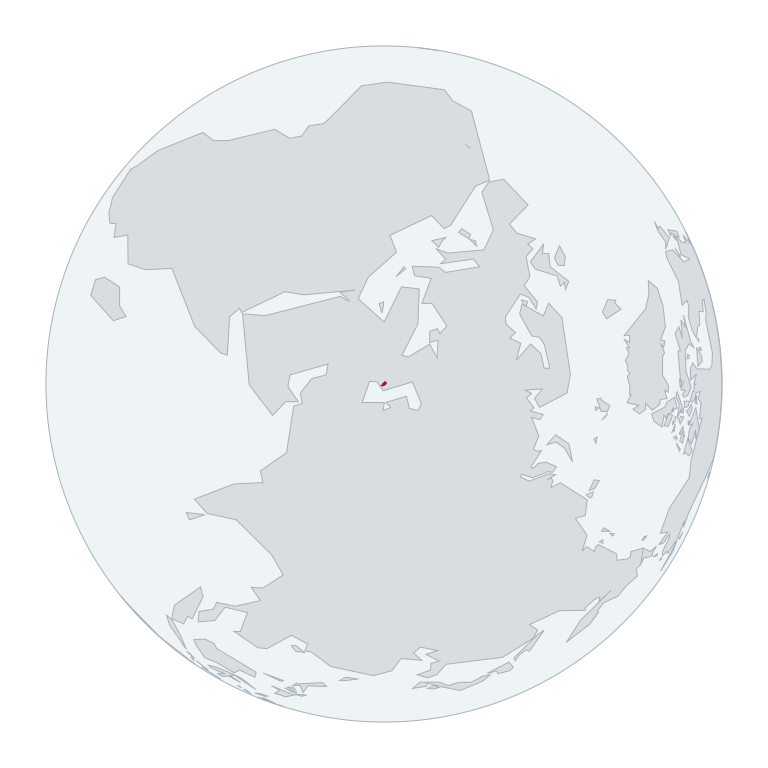 Hajigabul highlighted on a globe, orthographic projection, rotated 105°
{"feature_id": "AZE-1694", "entity_name": "Hajigabul", "entity_type": "District", "adm_level": 1, "iso_a3": "AZE", "parent_name": "Azerbaijan", "parent_adm1": "", "projection": "orthographic", "projection_center": [48.915, 40.078], "detail": "fine", "context": "on_globe", "style": "filled", "palette": "rose", "viewbox_px": 768, "rotation_deg": 105, "n_neighbors": 0, "source": "natural_earth", "source_scale": "10m", "svg_char_len": 11378}
<svg xmlns="http://www.w3.org/2000/svg" viewBox="0 0 768 768"><g transform="rotate(105 384 384)"><circle cx="384" cy="384" r="338" fill="#eef3f6" stroke="#a8b0b8"/><path d="M357.9,47.1L363.5,46.7L370.4,46.4L393.3,49.7L429.4,56.4L445.0,57.6L438.3,58.7L470.8,61.6L493.1,68.4L465.2,61.5L460.4,61.6L474.2,66.1L472.1,67.3L477.7,70.4L474.0,71.7L458.0,68.5L455.3,69.6L465.2,72.8L467.8,76.8L453.6,71.7L456.7,78.5L430.5,76.2L395.5,64.8L378.2,67.7L334.9,67.9L336.1,70.2L320.5,72.9L316.0,77.0L309.3,76.6L311.6,80.3L318.6,79.9L322.0,81.6L320.1,84.2L311.1,83.9L310.7,82.6L307.1,83.9L303.4,82.8L304.1,84.8L293.5,84.7L301.0,88.8L290.0,92.1L283.8,91.1L288.4,85.9L285.5,73.4L280.6,72.2L269.0,74.8L238.7,89.9L231.6,91.3L219.1,97.0L221.1,98.2L231.6,94.3L232.2,98.7L245.0,94.3L247.1,95.8L258.7,94.2L252.5,100.3L240.3,107.5L230.4,109.4L224.8,113.0L230.6,116.4L208.8,126.1L188.5,143.8L183.3,146.2L179.6,140.0L188.6,125.8L183.8,121.0L182.4,130.5L169.5,137.5L165.5,141.7L163.6,145.5L166.7,145.5L161.4,149.7L160.7,141.0L165.6,137.1L165.7,139.6L169.8,133.3L169.3,129.0L162.9,133.7L169.0,124.6L164.4,128.1L163.2,128.6L170.0,123.3L157.8,133.0L158.8,132.1L177.6,116.4L197.5,102.2L218.4,89.4L240.2,78.2L262.7,68.6L285.8,60.7L309.5,54.4L333.5,49.9L357.9,47.1ZM47.6,416.5L49.4,430.7L50.3,437.5L47.6,416.5ZM368.6,46.4L373.8,46.3L363.9,46.7L361.1,46.9L368.6,46.4ZM391.5,47.0L386.3,47.0L384.3,46.3L387.9,46.5L391.5,47.0ZM456.7,58.8L449.1,56.9L457.2,58.4L456.7,58.8ZM479.1,70.7L481.9,71.0L483.5,72.6L479.1,70.7ZM261.3,91.0L259.9,92.6L258.5,92.0L261.3,91.0ZM267.5,89.1L266.7,87.4L269.5,86.2L270.0,87.3L267.5,89.1ZM479.5,76.2L481.2,79.1L476.7,75.6L479.5,76.2ZM267.8,91.5L274.7,84.5L279.7,82.6L285.5,85.3L267.8,91.5ZM480.5,80.4L485.1,88.2L491.7,89.2L475.4,91.3L476.9,83.6L470.2,78.8L477.0,81.0L480.5,80.4ZM321.7,78.7L314.1,79.2L322.3,76.6L321.7,78.7ZM326.1,76.7L346.3,67.6L356.5,68.7L347.7,71.2L362.4,71.3L357.4,76.2L348.2,77.3L342.6,75.5L345.0,78.9L326.1,76.7ZM465.7,91.7L464.4,93.4L462.7,91.0L465.7,91.7ZM324.0,82.1L327.1,79.9L336.2,80.6L331.6,85.1L330.1,83.4L324.0,82.1ZM368.6,69.2L374.5,70.8L372.2,75.2L374.2,76.5L358.2,76.5L368.6,69.2ZM327.1,84.6L328.9,87.5L322.9,89.7L321.5,84.3L327.1,84.6ZM340.6,79.0L344.6,79.6L340.8,80.7L340.6,79.0ZM302.4,100.0L306.0,96.8L311.0,96.8L302.4,100.0ZM330.1,88.5L332.1,87.8L334.5,87.6L334.5,90.0L330.1,88.5ZM357.6,79.8L355.4,81.5L364.1,80.0L362.6,83.6L352.2,83.1L356.1,84.9L355.7,86.0L347.7,84.4L357.6,79.8ZM341.6,92.0L327.9,93.3L320.2,98.9L315.4,98.9L328.8,90.0L341.6,92.0ZM345.9,87.6L342.2,90.2L338.2,88.7L338.3,85.9L345.9,87.6ZM365.4,86.4L370.3,81.0L372.4,81.3L365.4,86.4ZM340.2,93.8L343.5,93.5L340.1,94.4L340.2,93.8ZM358.6,88.9L360.0,86.8L362.3,87.3L358.6,88.9ZM349.0,94.9L344.6,95.2L344.5,93.2L349.0,94.9ZM354.0,92.4L356.9,93.5L347.1,92.3L354.3,91.3L354.0,92.4ZM360.5,89.7L362.4,89.3L359.6,90.5L360.5,89.7ZM351.9,102.6L339.6,101.6L339.4,97.0L351.4,98.5L351.9,102.6ZM91.6,459.1L84.2,402.0L92.8,390.8L97.8,370.1L159.8,334.6L169.1,346.8L213.5,360.8L218.3,366.2L208.9,381.6L238.8,416.7L253.5,406.1L284.8,426.8L308.3,431.0L324.1,399.9L285.6,392.3L283.1,374.6L317.3,366.8L351.6,374.1L351.7,367.5L333.6,350.1L345.0,339.6L327.7,343.1L332.1,350.7L321.3,353.4L316.7,346.8L320.9,343.1L311.6,338.3L293.9,358.4L296.4,368.2L269.8,365.8L271.5,382.3L263.0,387.3L257.0,361.4L260.3,353.4L246.1,322.0L240.2,330.0L253.2,360.6L247.5,356.6L239.7,369.0L241.2,356.5L228.6,322.3L207.0,318.2L173.2,339.2L161.9,335.0L155.2,321.6L173.8,291.1L197.0,304.2L203.9,294.9L204.6,275.2L211.6,281.3L214.8,275.3L224.1,279.7L242.5,270.9L252.8,274.0L265.1,256.9L272.1,256.5L262.8,266.5L261.8,275.6L287.9,284.1L294.5,281.7L300.4,270.2L306.9,274.6L309.3,262.5L326.8,262.3L307.5,252.8L313.9,240.4L327.3,233.4L325.9,227.9L304.2,239.5L298.6,245.8L299.4,253.7L281.3,271.1L271.2,271.3L277.0,247.7L263.3,245.9L273.8,229.4L326.2,206.5L345.4,204.9L366.3,227.8L358.9,234.8L347.7,229.7L353.3,245.7L355.1,238.9L360.5,242.9L368.0,233.1L372.1,235.6L372.2,222.4L378.2,224.4L378.0,232.7L394.2,221.0L407.9,222.8L409.6,219.1L407.5,214.7L426.3,220.6L426.7,217.7L420.7,214.5L417.5,206.8L419.4,195.9L425.8,198.5L426.0,202.8L436.1,216.3L435.6,228.0L438.5,228.1L440.3,218.6L428.1,202.0L427.3,194.8L434.3,201.7L431.7,198.6L433.4,195.9L441.0,195.9L433.8,188.1L443.3,157.7L459.0,155.6L464.2,164.4L477.5,148.7L494.2,149.3L488.6,146.2L491.3,137.7L486.1,137.2L483.6,135.2L488.0,115.2L494.0,113.3L489.6,102.8L486.7,101.4L482.0,102.1L475.4,91.3L491.7,89.2L497.4,92.3L503.8,89.6L515.8,97.5L528.7,103.4L538.2,114.9L547.6,119.2L549.0,117.7L562.8,123.2L586.3,141.0L561.1,132.9L524.5,111.3L538.9,120.2L533.8,120.3L537.8,125.1L548.2,131.7L550.5,131.0L557.6,155.9L578.7,181.2L581.7,172.1L590.7,173.9L617.4,198.9L638.7,251.6L651.0,257.8L656.5,265.8L656.3,276.6L648.3,265.1L641.8,266.4L637.3,258.8L634.3,273.6L627.7,263.3L628.7,280.6L636.1,285.9L641.1,276.0L644.8,296.4L659.0,302.3L668.4,318.5L670.7,362.3L661.5,385.2L662.5,391.4L654.8,390.6L650.6,408.2L669.8,428.4L671.4,437.3L661.8,464.9L660.5,458.8L640.1,456.7L640.7,479.6L656.3,486.3L661.8,501.9L651.7,503.9L645.6,490.4L638.3,489.1L637.2,470.2L625.2,447.3L614.7,459.7L612.6,448.3L594.5,431.9L577.8,448.6L553.4,491.7L554.9,521.1L544.3,537.3L519.3,502.9L510.6,475.4L500.0,480.9L475.6,460.4L428.9,465.5L423.7,458.0L414.6,462.4L397.6,455.3L390.1,442.2L379.2,443.2L399.5,477.2L411.4,476.1L423.2,462.3L426.5,474.3L443.1,483.5L419.8,513.9L352.8,538.8L348.7,516.4L310.4,448.4L313.0,441.3L312.9,440.4L312.6,438.8L306.6,450.2L300.8,436.2L318.6,484.4L320.5,503.6L351.8,540.0L348.3,543.2L359.1,550.5L396.7,542.8L396.3,549.9L377.1,581.9L327.2,618.8L335.3,643.7L334.2,662.3L306.4,670.0L312.2,682.8L298.4,684.3L299.7,690.3L290.5,693.9L273.9,694.4L241.9,684.2L237.2,679.0L217.1,662.9L187.9,624.0L193.1,611.6L189.1,597.3L166.3,555.4L171.1,538.7L165.7,527.6L154.1,523.4L148.2,509.8L141.5,505.4L101.8,482.9L91.6,459.1ZM134.1,361.4L131.4,367.2L131.3,367.3L134.1,361.4ZM385.3,398.7L407.5,400.3L401.8,378.9L409.9,378.0L405.0,371.4L401.3,377.4L390.0,359.2L401.1,353.1L400.6,343.8L393.1,342.9L374.6,357.2L390.7,382.9L383.7,391.4L385.3,398.7ZM169.6,138.0L169.4,138.8L166.5,143.1L165.9,142.0L169.6,138.0ZM165.6,158.6L157.1,165.0L162.8,159.3L160.2,158.5L168.9,146.3L181.2,146.8L174.1,148.5L165.6,158.6ZM184.0,131.2L177.1,138.2L184.2,130.5L184.0,131.2ZM222.9,240.5L224.3,246.5L218.1,252.0L205.2,250.2L214.0,241.9L222.9,240.5ZM227.7,253.9L237.1,232.1L245.6,233.1L239.2,236.1L243.9,238.9L234.9,244.6L233.8,267.7L228.3,274.2L207.3,266.0L217.2,264.8L215.3,258.7L227.7,253.9ZM246.2,181.9L250.4,174.4L263.3,185.8L257.9,191.6L244.6,189.7L243.2,181.7L246.2,181.9ZM276.7,98.4L277.5,96.2L280.0,96.0L281.4,97.8L276.7,98.4ZM303.7,98.5L276.0,108.6L275.4,106.3L259.8,115.9L252.4,114.0L262.7,107.6L245.3,113.8L251.6,107.4L240.0,112.5L263.8,98.6L268.8,93.7L266.1,99.7L272.8,101.5L277.2,100.8L293.5,95.5L307.6,86.5L316.5,87.6L319.1,90.7L317.1,93.0L311.9,91.4L312.9,95.6L303.9,95.2L303.7,98.5ZM343.9,137.0L338.7,132.5L339.2,144.3L330.2,142.6L330.8,144.0L322.6,145.9L313.8,150.9L310.3,149.2L308.3,152.0L302.9,153.5L299.0,156.9L291.4,155.1L286.1,159.3L285.5,156.2L278.4,163.9L280.3,157.5L273.4,159.4L275.2,164.6L243.7,150.8L229.0,151.3L215.7,155.5L220.7,144.9L236.4,134.7L256.3,126.9L269.7,128.4L269.6,123.8L276.0,123.4L273.4,127.2L281.1,121.1L285.7,121.9L303.4,117.3L311.7,108.9L318.4,107.4L317.4,111.1L324.8,107.0L327.5,113.2L332.3,112.4L339.8,118.0L335.1,126.3L340.9,124.8L346.8,129.5L343.9,137.0ZM353.7,104.3L350.1,113.7L343.5,117.7L333.2,106.3L328.5,106.2L321.7,99.9L331.5,94.5L332.6,96.8L335.8,97.7L331.5,99.0L337.4,98.7L339.1,101.9L344.1,102.7L341.6,105.5L353.7,104.3ZM226.5,362.2L230.7,364.8L237.9,366.7L233.1,374.8L226.5,362.2ZM217.4,339.0L221.6,339.6L218.3,351.3L213.9,349.0L217.4,339.0ZM226.7,330.3L222.1,338.7L222.0,332.8L226.7,330.3ZM267.0,266.6L271.8,266.8L271.2,269.8L267.2,273.1L267.0,266.6ZM343.4,174.5L341.5,170.5L343.6,169.5L346.2,160.2L353.1,161.2L354.2,167.2L343.4,174.5ZM316.0,404.5L307.6,409.5L304.7,405.8L308.2,404.8L316.0,404.5ZM267.1,392.9L277.0,400.0L265.7,395.1L267.1,392.9ZM351.3,174.0L351.6,169.9L354.9,173.0L351.3,174.0ZM358.3,161.6L362.6,164.3L354.3,160.3L358.3,161.6ZM392.9,661.8L374.3,690.2L358.0,689.7L353.1,681.8L358.7,664.5L377.1,659.6L385.6,650.7L392.9,661.8ZM697.2,500.1L700.3,495.5L699.9,496.8L697.2,500.1ZM694.3,502.1L698.3,495.9L693.0,505.7L694.3,502.1ZM699.8,493.6L703.8,484.6L705.6,479.8L704.9,482.7L699.8,493.6ZM691.3,506.5L672.1,528.8L663.6,534.2L666.3,528.0L680.0,515.1L691.3,506.5ZM665.6,528.5L651.7,529.0L627.5,508.7L636.3,503.7L660.5,508.6L659.2,513.5L667.6,515.5L665.6,528.5ZM696.4,473.4L694.8,486.1L684.9,497.8L680.0,501.5L676.8,490.8L678.6,481.2L682.9,476.9L695.5,433.0L700.7,432.8L697.7,449.4L701.7,454.0L696.4,473.4ZM556.6,523.2L565.5,536.7L559.3,541.7L556.6,523.2ZM697.7,407.1L694.5,426.1L696.5,403.9L697.7,407.1ZM697.1,388.4L698.7,393.8L695.5,391.2L697.1,388.4ZM665.1,399.8L660.8,405.9L659.3,401.8L663.9,391.6L665.1,399.8ZM675.5,332.4L680.7,345.0L681.8,350.2L677.2,345.0L675.5,332.4ZM410.5,181.7L399.2,193.1L395.6,203.0L400.7,211.0L388.6,205.2L394.2,189.8L410.5,181.7ZM438.6,160.1L434.0,154.0L439.1,154.0L440.9,155.4L438.6,160.1ZM433.6,158.3L422.1,156.1L421.6,151.0L430.8,153.7L433.6,158.3ZM386.5,164.0L382.6,167.1L380.1,164.4L386.5,164.0ZM656.5,583.8L657.7,582.2L659.3,580.0L666.6,568.4L686.5,534.6L702.9,495.8L703.6,493.7L694.4,517.5L683.5,540.5L670.8,562.7L656.5,583.8ZM704.5,487.0L709.7,470.2L711.5,465.0L704.5,487.0ZM720.0,419.7L719.2,425.0L719.0,422.9L720.3,413.8L718.3,420.0L720.6,406.2L720.7,412.3L721.7,397.3L721.7,397.2L720.0,419.7ZM714.1,443.0L713.8,446.4L712.9,446.9L714.1,443.0ZM715.5,437.5L717.8,431.9L715.1,440.8L715.5,437.5ZM704.0,452.8L705.3,457.5L709.5,445.2L706.3,457.6L708.2,463.9L706.8,470.1L705.1,462.8L703.0,477.6L701.0,480.7L700.9,471.5L703.3,454.5L705.2,445.4L712.2,429.0L704.0,452.8ZM715.9,428.9L715.1,422.9L715.5,415.6L716.5,417.5L715.9,428.9ZM711.0,409.5L706.9,405.6L704.6,414.7L707.8,390.2L711.5,397.9L711.0,409.5ZM705.3,393.0L703.3,401.4L704.4,388.3L705.3,393.0ZM702.0,399.4L700.2,393.1L702.5,390.1L702.0,399.4ZM706.6,390.7L704.5,378.1L707.0,383.0L706.6,390.7ZM695.3,379.4L702.9,382.3L695.5,388.3L688.4,366.4L691.0,361.2L695.3,379.4ZM666.8,263.1L662.4,258.0L662.9,252.3L665.8,257.4L666.8,263.1ZM660.3,231.0L661.5,249.2L661.8,264.8L664.9,264.5L670.6,277.4L662.6,272.1L657.7,253.5L658.6,243.8L652.6,233.9L649.5,222.5L640.7,213.1L637.3,206.1L645.6,211.9L660.3,231.0ZM636.8,209.5L620.3,191.3L624.0,185.8L628.4,188.5L634.4,199.0L632.2,201.2L636.8,209.5ZM617.4,185.5L615.0,187.7L585.7,170.4L580.5,165.6L604.7,174.6L603.7,177.4L610.3,183.0L617.4,185.5ZM468.1,94.3L464.8,93.4L467.6,92.8L468.1,94.3ZM480.7,135.2L477.8,132.3L481.3,131.3L480.7,135.2ZM471.7,124.0L469.8,127.1L469.1,122.7L471.7,124.0ZM466.0,134.5L467.8,127.8L469.9,135.8L466.0,134.5Z" fill="#d9dde1" stroke="#a8b0b8" stroke-width="1"/><path d="M383.7,382.5L383.8,382.7L383.9,382.9L384.0,383.0L384.3,383.3L384.4,383.5L384.6,383.6L384.9,383.6L385.1,383.6L385.3,383.8L385.3,384.0L385.5,384.3L385.5,384.5L385.8,384.9L385.8,385.1L386.0,385.3L386.0,385.6L385.9,385.5L385.7,385.3L385.6,385.2L385.4,385.2L385.2,385.2L384.7,385.2L384.4,384.9L384.2,385.0L384.1,384.9L384.2,384.7L383.9,384.5L383.7,384.4L383.3,384.4L383.2,384.3L383.1,384.2L382.9,384.2L382.9,383.9L382.4,383.7L381.9,383.6L382.0,383.4L382.0,383.2L381.9,383.0L381.9,382.8L381.9,382.6L382.0,382.5L382.4,382.6L382.6,382.7L382.8,382.8L383.1,382.8L383.2,382.7L383.2,382.4L383.5,382.6L383.7,382.5Z" fill="#f43f5e" stroke="#9f1239" stroke-width="1.5"/></g></svg>